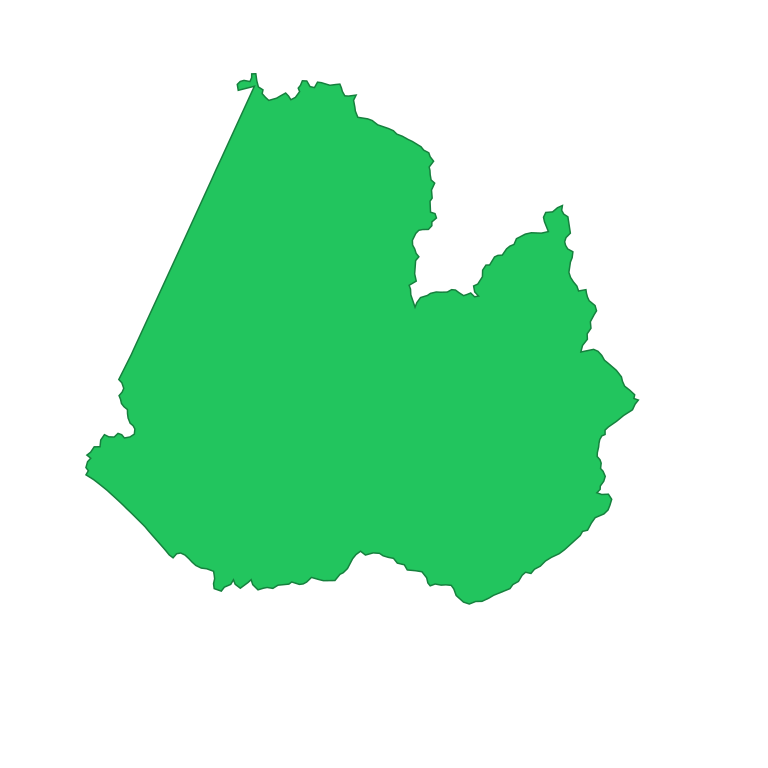 Guaratuba, Paraná, Brazil, rotated 114°
{"feature_id": "56859067B52183991417177", "entity_name": "Guaratuba", "entity_type": "district", "adm_level": 2, "iso_a3": "BRA", "parent_name": "Brazil", "parent_adm1": "Paraná", "projection": "orthographic", "projection_center": [-48.788, -25.795], "detail": "fine", "context": "isolated", "style": "filled", "palette": "green", "viewbox_px": 768, "rotation_deg": 114, "n_neighbors": 0, "source": "geoboundaries", "source_scale": "gbopen_adm2", "svg_char_len": 4299}
<svg xmlns="http://www.w3.org/2000/svg" viewBox="0 0 768 768"><g transform="rotate(114 384 384)"><path d="M480.0,164.5L474.3,160.6L467.7,154.9L462.0,151.7L442.6,143.1L437.9,142.7L434.8,138.6L426.7,138.0L420.2,136.7L413.2,130.2L408.0,128.1L403.0,128.3L396.7,129.1L393.4,134.2L396.4,140.2L396.8,145.3L392.4,143.7L389.2,144.9L383.5,143.7L378.4,144.3L374.6,148.4L373.1,151.8L368.0,153.4L365.4,155.8L363.5,159.8L359.9,161.2L354.3,162.3L350.7,163.5L347.0,164.3L342.8,163.9L340.2,161.5L336.2,163.3L331.9,161.5L323.5,156.4L315.3,152.3L306.5,146.5L300.3,146.4L295.2,145.1L295.6,149.8L291.9,150.6L289.7,157.0L288.1,163.3L284.6,167.2L280.9,170.0L277.0,177.3L275.2,183.3L273.9,187.6L272.6,192.3L269.3,196.7L267.1,201.8L267.1,206.6L274.7,217.2L268.0,218.3L260.4,216.4L255.6,218.8L248.9,217.6L243.2,220.8L235.0,220.2L230.7,219.6L226.5,223.1L224.5,230.4L221.9,233.4L218.7,236.0L215.7,237.9L219.9,244.1L216.1,247.6L213.6,252.6L210.8,256.9L206.8,260.5L196.8,263.3L192.1,263.5L186.4,265.2L185.9,271.1L183.5,274.5L180.6,276.8L176.2,277.3L170.4,275.1L156.5,284.0L155.7,288.9L153.1,292.3L148.4,293.6L152.4,297.2L158.2,300.0L161.5,306.0L166.8,306.1L170.5,303.4L177.9,295.8L182.2,301.6L185.9,310.9L189.6,315.9L197.4,322.1L203.6,322.0L206.9,325.1L210.7,327.0L218.2,328.4L220.2,332.3L223.0,334.7L232.3,335.9L233.9,339.2L239.9,340.2L246.0,337.7L254.6,339.0L258.0,342.0L263.0,338.6L265.2,333.4L267.5,336.7L265.6,341.8L268.3,344.4L270.9,347.2L270.1,352.5L269.1,356.9L270.3,360.6L274.3,363.6L277.2,369.7L278.7,373.7L282.3,378.4L285.5,380.4L290.2,385.8L296.3,387.1L301.2,386.9L291.6,395.8L286.5,398.4L283.6,401.2L276.9,396.4L270.9,400.8L258.4,405.3L253.6,403.9L251.6,407.8L248.2,410.8L245.4,414.4L241.2,416.5L233.5,416.2L229.4,414.7L227.2,411.6L224.7,406.3L219.9,404.7L216.5,406.2L211.0,403.6L207.6,406.7L208.1,411.4L202.5,414.2L198.3,416.3L194.6,415.6L187.5,419.5L179.9,419.4L178.4,424.0L173.9,427.0L170.2,428.9L167.4,431.0L160.3,429.3L157.6,434.3L154.6,437.1L154.2,442.9L152.2,446.7L151.7,450.8L150.9,456.6L150.8,461.5L150.2,468.0L150.5,474.0L148.8,478.4L148.8,483.9L149.2,488.5L149.8,495.2L148.1,501.9L148.4,506.7L151.0,516.4L146.3,521.2L143.0,523.2L137.2,527.2L131.4,527.0L135.4,533.5L136.7,537.0L133.7,541.0L130.8,543.4L128.0,546.3L130.1,550.0L133.1,554.9L134.2,563.8L135.3,567.5L141.5,568.1L142.4,572.5L138.6,577.8L140.2,581.9L145.2,581.8L148.6,582.7L151.2,580.0L158.2,581.5L162.2,584.7L159.8,588.3L158.2,592.2L162.7,595.6L166.6,598.4L171.8,604.6L170.3,609.0L168.3,613.4L164.5,614.2L163.7,619.6L158.8,623.5L152.7,627.3L154.5,631.0L158.0,629.5L162.2,629.5L163.6,635.4L166.1,638.4L170.0,639.9L175.0,636.6L164.7,623.5L245.4,624.4L255.8,624.6L260.3,624.6L267.6,624.6L327.8,625.2L454.4,626.8L459.8,626.8L487.8,628.1L489.5,624.0L493.8,620.0L497.8,619.9L502.4,621.3L505.1,618.5L508.6,615.9L510.5,612.4L511.7,608.0L515.5,606.2L519.2,603.9L523.1,599.9L524.1,596.3L526.4,593.3L531.3,591.7L535.7,594.5L538.9,599.2L537.0,603.0L537.3,606.9L542.2,608.9L544.2,613.9L544.0,618.8L550.4,620.0L556.8,617.9L559.3,623.2L565.7,624.3L569.8,626.5L571.1,621.7L575.6,623.2L581.6,622.3L583.5,618.8L588.2,619.3L589.5,610.2L591.3,602.9L592.6,598.0L593.7,593.9L595.3,589.1L597.2,583.3L599.0,578.0L600.9,572.6L602.5,568.5L604.1,563.9L606.0,558.8L608.0,553.6L610.0,548.3L611.6,544.2L613.6,540.2L616.6,533.8L619.1,528.3L622.0,522.0L624.9,515.8L627.5,510.7L628.6,506.0L623.4,504.4L621.1,501.0L621.2,496.2L623.0,491.0L624.8,486.8L626.3,482.1L626.5,476.1L624.9,470.8L624.4,463.5L627.8,461.3L630.8,459.5L635.8,458.5L640.0,455.9L639.4,448.4L634.5,447.2L629.4,442.5L624.1,441.9L627.5,438.5L629.0,432.2L620.7,427.5L616.8,425.8L620.7,422.3L623.3,415.4L619.6,411.1L617.4,408.0L615.9,402.4L610.9,399.0L605.5,389.5L602.4,387.8L601.5,379.8L599.5,376.5L596.4,374.1L590.2,371.6L589.1,363.8L588.3,359.3L583.5,348.9L575.7,346.8L573.0,344.5L567.5,342.3L556.4,341.6L551.2,340.2L546.3,337.4L547.8,331.4L542.7,325.2L540.5,319.2L541.3,315.0L540.6,309.5L539.4,304.4L542.2,299.0L540.9,291.9L544.4,287.1L541.7,279.1L540.1,273.0L543.7,266.2L547.9,263.0L549.6,259.7L545.9,255.9L544.5,250.0L542.3,245.8L540.6,240.7L542.8,236.9L547.9,232.0L550.9,222.7L550.3,216.6L545.4,211.8L542.7,206.1L536.8,201.0L532.5,198.0L519.7,185.7L514.8,184.7L509.7,180.9L502.5,180.0L498.4,178.1L497.3,172.7L492.0,171.2L486.8,167.1L480.0,164.5Z" fill="#22c55e" stroke="#15803d" stroke-width="1.5"/></g></svg>